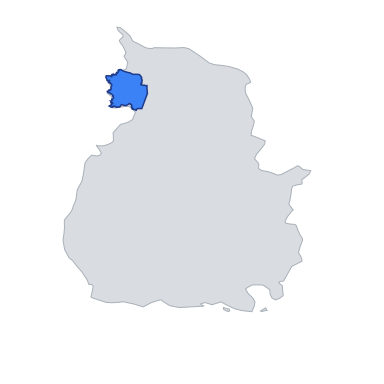 Siem Pang, Stœng Trêng, Cambodia shown in context, rotated 290°
{"feature_id": "14789045B29647510840066", "entity_name": "Siem Pang", "entity_type": "district", "adm_level": 2, "iso_a3": "KHM", "parent_name": "Cambodia", "parent_adm1": "Stœng Trêng", "projection": "natural_earth1", "projection_center": [106.38, 14.216], "detail": "fine", "context": "in_parent", "style": "filled", "palette": "blue", "viewbox_px": 384, "rotation_deg": 290, "n_neighbors": 0, "source": "geoboundaries", "source_scale": "gbopen_adm2", "svg_char_len": 7316}
<svg xmlns="http://www.w3.org/2000/svg" viewBox="0 0 384 384"><g transform="rotate(290 192 192)"><path d="M321.2,65.1L322.0,68.4L319.9,74.5L317.6,80.1L313.4,85.0L313.2,88.6L311.7,99.3L312.3,102.7L313.3,105.6L314.7,107.2L318.3,117.7L321.7,127.2L325.0,135.1L325.6,140.0L322.6,152.6L319.1,164.1L319.4,169.9L320.9,175.6L322.5,183.3L323.2,193.1L322.3,199.5L320.7,203.5L317.6,207.6L315.0,209.6L311.8,206.2L309.2,206.0L305.8,207.1L303.1,208.7L297.6,214.6L291.5,220.5L283.1,221.9L279.9,226.3L276.4,226.9L269.7,227.1L265.4,228.1L265.6,230.3L265.2,240.5L265.3,242.9L264.6,243.5L261.6,243.8L256.5,242.3L249.6,239.7L244.7,239.3L242.2,243.8L240.7,245.5L238.8,245.8L236.9,246.6L236.2,248.6L236.1,251.1L237.0,255.3L237.3,262.1L237.1,266.7L238.9,269.7L249.4,279.5L252.5,281.9L252.9,283.4L251.1,288.7L252.7,296.2L249.4,296.1L243.9,292.9L241.2,290.9L238.1,292.5L236.9,292.2L234.8,288.5L232.0,284.7L229.1,284.5L222.9,286.0L216.6,287.0L214.3,287.0L213.3,287.7L209.6,293.3L208.1,292.3L201.8,290.2L196.0,289.4L194.8,290.8L195.5,295.4L196.8,299.9L196.0,301.7L192.8,304.1L188.6,308.3L186.1,311.6L184.3,312.4L177.9,312.3L171.5,312.7L169.0,315.8L166.6,318.2L164.5,318.9L156.2,311.2L139.7,308.5L138.0,305.2L136.4,304.5L134.8,308.9L125.8,313.1L122.0,310.6L119.2,307.5L119.6,303.7L122.3,300.6L126.8,298.4L128.9,290.6L125.5,280.7L122.5,277.8L119.3,275.5L116.0,279.2L113.1,285.5L110.2,288.8L106.1,289.5L100.0,289.2L97.7,279.8L96.9,271.7L97.8,262.4L98.7,256.9L92.9,249.3L92.6,242.1L89.8,238.4L89.0,240.3L89.1,242.4L88.3,240.9L79.1,219.7L77.6,209.9L79.2,202.4L80.2,199.8L77.5,195.9L73.8,191.3L67.3,185.4L66.9,176.1L65.4,165.0L63.5,161.3L60.5,154.5L58.9,148.9L58.4,134.0L59.2,132.8L63.9,132.4L69.9,131.3L70.8,128.9L69.8,126.9L73.6,123.5L79.1,116.1L83.4,108.4L86.5,103.6L88.3,98.7L94.5,91.9L103.0,87.1L108.8,86.0L114.8,84.4L120.6,82.1L123.3,81.9L130.4,84.7L134.3,85.4L138.3,85.3L142.5,85.6L146.2,85.3L155.0,83.4L164.3,84.9L172.5,83.7L182.8,81.5L187.8,82.9L192.4,85.1L193.1,89.7L194.1,91.7L195.7,93.3L197.7,93.3L200.3,90.2L202.5,86.9L203.2,86.3L203.3,87.9L204.4,91.5L206.4,94.9L208.3,97.2L211.6,100.3L213.8,100.5L220.8,97.6L231.3,101.8L232.5,103.9L235.9,108.2L239.6,111.3L247.8,111.5L250.8,103.9L249.3,99.3L244.7,91.2L243.4,86.5L244.9,85.7L252.8,84.8L254.1,83.8L255.8,78.6L258.0,79.2L262.4,79.9L267.0,76.3L269.8,72.6L271.3,74.3L272.9,76.9L274.7,78.4L278.1,80.7L281.7,83.9L284.0,87.0L285.9,88.2L290.6,87.3L291.8,87.4L294.6,83.7L296.5,81.6L298.1,82.2L300.5,82.2L305.4,77.3L308.2,73.0L309.7,71.8L314.1,74.0L315.9,73.5L318.4,67.5L321.2,65.1ZM94.6,267.3L93.7,267.8L92.9,267.8L92.0,267.0L92.1,263.6L92.7,261.5L94.2,261.1L94.6,267.3ZM108.3,300.8L106.5,303.0L103.5,298.3L103.6,297.0L108.3,300.8Z" fill="#d9dde1" stroke="#a8b0b8" stroke-width="1"/><path d="M282.6,83.9L282.6,83.6L282.7,83.4L282.7,83.1L282.3,82.6L282.3,82.4L282.3,82.2L282.2,82.1L282.0,81.9L282.0,81.7L281.8,81.4L281.7,81.4L281.6,81.2L281.3,81.1L281.1,81.0L280.9,81.5L280.8,81.8L280.6,81.8L280.2,81.7L280.0,81.4L279.3,81.4L279.2,81.4L279.1,81.2L278.9,81.1L278.7,81.2L278.1,80.8L277.9,80.9L277.8,80.6L277.9,80.4L278.0,80.3L277.9,80.3L277.7,80.2L277.4,80.4L276.9,80.4L276.7,80.3L276.3,80.6L276.2,79.9L276.2,79.7L275.8,79.7L275.6,79.2L275.4,78.8L275.4,78.4L275.6,78.2L275.4,78.2L275.5,78.0L275.4,77.7L275.4,77.4L275.1,77.5L274.9,77.5L274.9,77.2L274.8,76.7L274.6,76.9L274.4,76.7L274.2,76.7L274.1,76.9L273.9,76.8L273.3,77.2L273.0,77.2L272.9,77.0L272.9,76.8L272.8,76.7L273.1,76.5L273.3,76.0L273.3,75.8L273.2,75.6L273.0,75.4L272.9,75.1L272.9,74.8L272.9,74.5L272.6,74.2L272.6,73.4L272.4,73.2L272.2,72.8L272.0,71.9L271.9,71.7L271.4,71.8L270.8,71.7L270.3,71.9L269.8,72.3L269.6,72.6L269.5,72.8L269.4,72.9L269.1,73.2L268.6,73.6L268.0,73.8L267.8,74.0L267.6,74.4L267.7,74.8L268.0,75.2L268.5,75.8L268.7,76.1L268.5,76.5L268.3,76.5L266.8,75.8L266.6,75.8L266.4,75.9L266.2,76.1L266.2,76.3L266.2,77.0L266.4,77.3L266.7,77.6L266.7,77.9L266.5,78.3L265.9,78.7L265.8,78.8L265.7,78.9L265.8,79.3L265.3,80.0L265.2,80.1L264.4,80.2L263.8,80.1L263.5,80.0L263.2,79.9L262.3,80.3L261.8,80.4L261.4,80.6L261.2,80.8L260.9,80.7L260.6,80.7L260.3,80.7L260.2,80.5L260.2,80.2L259.9,80.0L259.5,80.1L259.3,79.7L259.4,79.4L259.3,79.1L259.2,79.1L259.0,78.8L258.8,78.8L258.6,78.9L258.4,78.6L258.1,78.5L257.9,78.8L257.8,78.7L257.5,78.0L257.3,78.0L257.1,78.2L257.1,78.4L257.0,78.9L256.8,79.2L256.7,79.3L256.7,79.6L256.8,79.9L257.1,80.1L257.2,80.6L257.1,80.9L256.9,80.8L256.8,81.3L256.5,81.5L256.4,82.1L256.5,82.3L256.4,82.4L256.4,82.6L256.5,83.2L256.2,83.5L255.8,84.2L255.9,84.5L255.5,85.1L255.4,85.2L255.2,85.2L254.9,84.8L254.6,84.9L254.5,85.2L254.1,85.8L253.9,86.0L253.2,86.1L252.6,85.9L252.4,85.7L252.2,85.2L252.0,84.9L251.9,84.8L251.6,84.9L251.2,85.2L250.9,85.4L250.6,85.6L250.0,85.2L249.9,85.1L249.7,84.6L249.6,84.9L249.3,84.7L249.2,84.9L248.8,85.2L248.6,85.2L248.7,85.5L248.7,85.8L248.8,86.0L248.6,86.5L248.5,86.8L248.2,86.4L247.9,86.0L247.6,86.2L247.4,86.2L247.4,86.5L247.0,86.2L246.8,86.3L246.6,86.5L246.3,86.4L246.1,86.4L245.9,86.4L245.4,85.8L245.2,85.6L245.1,85.4L244.9,85.1L244.5,84.8L244.5,85.2L244.4,85.5L244.3,85.9L244.2,86.2L244.3,86.3L244.5,86.5L244.3,87.1L244.3,87.6L244.6,87.9L244.6,88.2L244.6,88.4L245.0,88.4L245.1,88.2L245.3,88.2L245.6,88.3L245.7,88.5L245.8,88.7L245.6,88.7L245.6,89.1L245.8,89.6L245.9,90.0L246.1,90.4L246.1,90.5L246.2,90.8L245.9,91.2L245.8,91.3L245.8,91.6L245.9,92.0L245.9,92.3L246.1,92.4L246.0,92.6L246.2,92.8L246.2,93.2L246.3,93.3L246.4,93.5L246.6,93.7L246.9,94.0L247.1,94.4L247.0,94.7L247.1,94.8L247.4,95.1L247.6,95.2L247.8,95.2L248.2,95.4L248.5,95.4L248.8,95.6L249.7,95.7L249.9,95.7L250.0,95.8L250.2,96.6L250.1,97.5L250.1,98.2L250.3,98.9L250.5,99.5L250.5,100.1L250.6,100.3L250.8,100.6L251.1,100.7L251.4,100.9L251.6,101.3L251.7,101.5L251.8,101.6L252.2,101.9L252.7,102.1L252.8,102.2L253.0,102.4L253.2,102.5L253.3,102.5L253.9,103.1L253.6,103.8L253.7,104.0L253.4,104.1L253.5,104.2L253.4,104.3L253.5,104.5L253.4,104.8L253.3,105.3L253.1,105.4L253.0,105.6L252.7,105.8L252.6,105.7L252.4,105.8L251.8,105.9L251.6,105.8L251.4,105.8L251.2,106.0L250.9,106.4L250.9,106.8L250.7,106.8L250.6,107.1L250.3,107.2L249.7,107.2L249.6,107.3L249.5,107.9L249.7,108.5L249.9,108.6L249.7,108.8L249.7,109.2L249.7,109.7L249.8,110.0L249.7,110.5L249.7,111.1L249.8,111.6L250.2,111.5L250.8,111.5L251.0,111.9L251.8,112.4L252.0,112.6L252.1,112.9L252.1,113.3L252.1,113.5L252.8,114.8L252.8,115.1L252.8,115.3L252.9,115.6L253.3,115.8L253.3,116.0L253.3,116.3L269.5,116.4L270.3,115.8L271.7,115.3L274.0,114.2L275.4,113.8L276.6,113.2L276.1,112.7L276.0,112.3L276.0,111.8L276.1,111.7L276.1,111.4L276.1,111.2L276.0,110.9L276.1,110.7L275.7,110.2L275.7,109.8L275.7,109.6L275.6,109.2L275.6,108.9L275.5,108.7L275.4,108.6L275.4,108.3L275.4,108.2L275.5,108.0L275.6,107.9L275.6,107.7L275.6,107.4L275.5,107.2L276.3,107.2L276.4,107.3L276.5,107.2L276.5,107.3L276.9,107.4L277.0,107.4L277.2,107.6L277.6,107.6L277.8,107.4L278.0,107.2L278.3,107.0L278.5,107.1L278.8,107.0L279.1,106.9L279.4,107.0L279.5,107.0L279.8,107.0L280.0,107.0L280.0,106.9L280.1,106.7L280.4,106.4L280.6,106.2L280.8,106.1L281.1,106.0L281.4,105.6L281.5,105.7L281.8,105.6L282.1,105.6L282.3,105.6L282.6,105.3L282.8,105.1L283.6,103.7L284.1,103.0L284.3,102.5L284.3,101.9L283.9,100.5L282.8,97.2L282.6,97.0L282.4,96.6L282.5,94.8L282.5,94.4L282.7,93.9L282.8,92.9L282.6,92.4L282.4,90.7L282.2,87.7L282.2,85.4L282.3,85.2L282.3,84.9L282.6,83.9Z" fill="#3b82f6" stroke="#1e3a8a" stroke-width="1.5"/></g></svg>